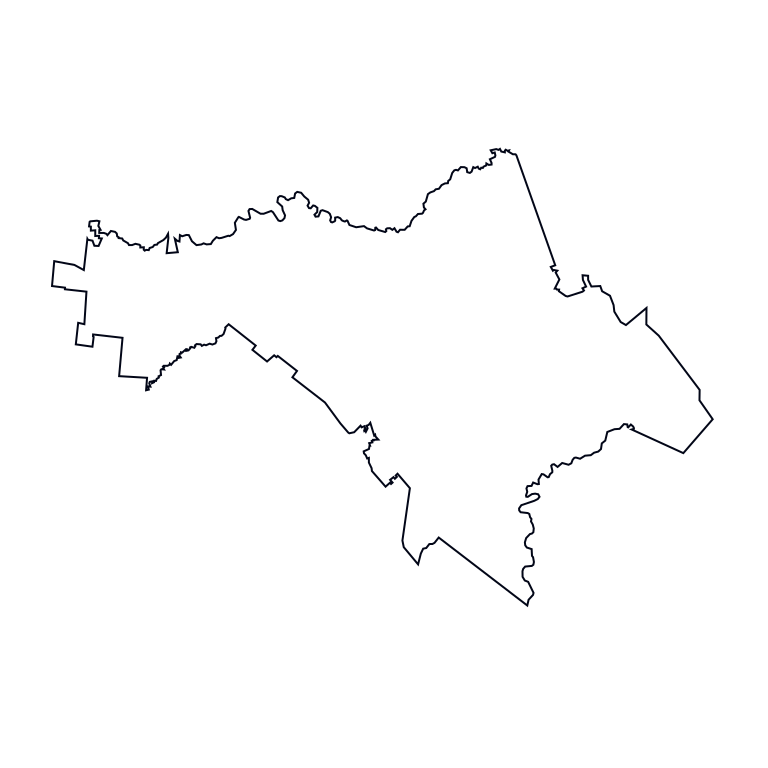 the district of Montemorelos, Nuevo León, Mexico, rotated 177°
{"feature_id": "50627088B84903506613222", "entity_name": "Montemorelos", "entity_type": "district", "adm_level": 2, "iso_a3": "MEX", "parent_name": "Mexico", "parent_adm1": "Nuevo León", "projection": "albers", "projection_center": [-99.737, 25.166], "detail": "fine", "context": "isolated", "style": "outline", "palette": "ink", "viewbox_px": 768, "rotation_deg": 177, "n_neighbors": 0, "source": "geoboundaries", "source_scale": "gbopen_adm2", "svg_char_len": 6162}
<svg xmlns="http://www.w3.org/2000/svg" viewBox="0 0 768 768"><g transform="rotate(177 384 384)"><path d="M359.4,202.1L356.1,212.7L353.5,217.5L350.4,218.0L347.1,221.8L344.0,221.7L341.9,222.7L337.4,227.8L252.5,155.3L250.9,161.0L246.2,165.6L245.6,167.6L250.4,178.9L253.7,180.4L255.7,184.2L255.5,189.8L254.7,192.1L252.6,194.3L245.9,194.6L244.3,195.7L243.6,198.4L244.2,203.2L245.2,204.6L245.2,211.4L249.9,213.2L251.4,215.5L251.6,218.5L250.1,222.7L246.1,226.5L244.1,226.9L242.6,228.2L242.0,231.9L242.8,235.9L244.4,239.1L243.8,241.5L245.1,243.4L245.7,246.6L247.2,247.6L254.3,248.8L255.6,250.7L255.6,252.7L253.2,255.8L240.0,259.5L236.4,261.1L234.6,263.2L235.8,265.8L238.8,266.6L242.0,266.3L246.3,263.8L247.8,264.0L248.0,265.4L246.6,268.8L247.2,272.3L246.0,274.5L242.0,274.5L240.2,277.8L236.0,275.9L234.6,276.0L234.7,280.5L231.2,285.8L229.4,285.4L225.5,282.3L224.4,282.4L222.9,285.3L220.6,287.0L220.4,288.5L221.3,293.6L220.2,294.7L218.4,295.0L215.0,292.1L210.2,295.8L203.9,293.7L201.1,295.0L199.6,298.4L197.8,300.3L196.2,300.5L192.1,299.1L187.0,301.9L181.2,302.1L177.8,304.4L173.6,305.3L170.7,307.7L169.6,313.3L166.0,315.9L163.5,324.4L156.2,326.8L151.1,326.9L146.5,331.4L143.2,330.9L142.9,328.2L142.4,327.9L139.6,330.6L137.4,328.5L136.7,326.8L136.9,326.1L139.0,325.6L88.7,299.3L57.6,331.6L69.8,351.2L69.1,361.6L107.1,417.9L118.9,429.7L117.9,446.2L139.3,430.2L144.4,433.5L150.2,444.2L150.6,450.8L153.7,460.3L161.3,465.2L162.9,470.5L171.8,470.5L174.7,477.3L174.5,481.4L180.0,482.2L179.9,477.5L177.1,470.7L180.8,469.2L179.4,466.9L180.9,465.8L196.1,461.8L198.0,462.4L204.5,467.5L204.2,469.1L206.3,469.2L206.8,470.1L208.5,470.3L203.4,479.2L206.7,486.3L205.0,488.1L208.5,489.0L209.4,488.3L211.3,492.2L206.8,493.6L239.8,605.4L240.6,606.5L243.3,606.7L247.6,609.6L247.0,610.7L248.4,610.4L250.2,611.6L251.1,610.7L251.2,609.0L254.7,610.0L255.9,612.7L257.4,611.8L259.6,612.7L265.2,611.8L263.7,608.8L261.3,609.4L260.8,606.4L261.3,605.0L266.5,602.9L265.0,599.1L265.1,597.5L267.9,597.3L270.2,598.9L270.5,596.9L273.3,595.8L274.0,594.6L275.6,594.9L276.7,593.4L278.1,594.1L279.0,596.1L281.8,594.9L283.5,595.9L285.4,591.5L287.2,590.3L289.8,591.2L290.2,595.1L292.3,596.3L295.9,596.6L299.0,593.4L300.9,594.1L302.6,593.7L304.8,591.2L307.2,584.9L309.2,583.5L309.7,581.2L312.7,581.1L316.1,579.6L318.9,576.1L322.2,575.7L324.0,574.0L327.7,572.9L330.2,571.3L332.7,564.0L335.2,562.0L334.9,558.2L333.4,556.3L334.9,555.3L336.1,552.9L337.1,552.1L341.2,552.0L343.4,549.8L345.0,549.2L348.0,545.5L350.1,540.2L352.1,540.1L355.3,536.9L359.9,537.2L362.1,534.8L363.5,535.4L365.4,539.0L367.6,537.5L369.9,539.3L372.7,539.3L374.0,538.4L373.7,536.6L374.8,535.7L381.7,538.1L383.8,540.7L384.5,540.5L384.8,538.2L385.9,537.8L392.8,540.3L395.7,542.7L403.6,542.0L410.2,544.6L411.9,548.9L412.5,549.3L414.5,548.3L416.0,548.8L417.6,549.7L419.0,551.8L421.4,553.1L424.1,552.7L424.2,549.7L424.7,549.1L427.2,548.1L428.4,548.5L429.2,550.2L428.1,553.3L429.2,556.8L431.1,558.6L436.3,560.8L438.1,560.3L440.7,554.8L443.6,554.7L444.6,556.7L441.7,559.2L441.3,563.4L443.7,565.5L445.4,566.0L448.0,563.3L449.7,563.6L451.0,566.1L449.3,568.9L450.1,572.0L453.8,575.4L456.7,579.3L460.6,580.4L462.8,578.9L463.9,574.5L466.9,574.3L470.2,572.6L472.4,573.8L473.3,575.5L476.3,576.9L478.1,577.1L480.0,575.8L481.0,571.2L476.4,566.6L476.1,562.9L474.0,557.6L474.7,554.9L476.9,552.7L479.0,552.1L480.9,552.8L485.9,561.4L487.6,562.7L495.3,560.3L498.4,560.5L506.4,565.7L509.1,565.7L510.3,563.9L509.0,557.0L509.5,556.0L513.2,555.1L515.2,555.6L520.2,558.5L520.8,558.1L524.5,552.8L523.8,545.6L526.9,541.6L530.4,539.8L531.7,540.2L538.6,538.4L541.1,538.2L543.6,539.4L547.4,536.0L549.6,532.8L553.8,532.7L556.8,533.9L559.1,532.9L564.0,532.5L568.3,536.6L571.1,542.9L573.6,543.2L577.8,542.1L580.0,543.4L580.8,537.0L582.9,537.8L585.3,540.1L583.0,526.4L594.2,526.0L591.7,541.2L591.8,545.3L594.1,541.6L596.8,539.3L602.4,536.5L603.3,535.1L606.0,534.9L607.8,532.9L610.9,532.1L611.9,530.0L614.5,530.4L616.0,529.7L616.9,530.7L616.7,533.1L620.2,533.1L620.1,535.1L621.0,535.9L624.9,537.0L628.4,535.9L631.4,536.1L632.3,538.0L636.9,541.0L637.8,543.0L641.3,543.6L641.2,544.3L642.7,545.4L643.0,548.3L644.6,550.0L648.7,551.1L652.4,547.1L653.4,548.5L655.8,549.5L660.5,549.8L660.2,552.7L659.0,552.8L661.0,556.8L659.7,561.4L662.1,562.1L668.9,561.8L669.5,561.3L670.3,556.8L668.5,556.5L668.7,552.5L664.3,552.6L664.6,546.9L660.8,546.9L661.1,544.5L658.2,544.1L661.8,536.8L666.0,537.2L667.6,542.4L672.1,543.5L672.6,544.5L677.8,513.5L686.9,519.1L706.9,523.9L710.4,499.2L697.5,496.9L697.7,495.3L676.3,491.8L680.1,459.4L686.2,461.1L689.7,439.7L673.2,436.5L671.5,446.2L672.1,446.8L671.9,448.7L642.7,443.8L648.1,405.7L620.3,402.6L621.9,390.2L619.2,390.7L619.9,394.0L617.4,393.6L618.4,397.0L617.8,398.4L615.2,398.8L615.5,397.0L613.5,397.8L613.2,399.3L611.5,399.0L610.7,401.0L608.5,402.2L608.7,403.5L606.2,404.6L606.4,409.4L605.5,410.4L602.9,410.0L603.6,411.3L602.8,412.0L603.8,413.0L603.1,413.7L599.2,413.5L597.2,414.4L596.8,415.6L595.6,414.3L592.3,417.9L589.8,418.7L588.8,422.5L588.2,422.4L587.8,420.8L585.6,421.1L586.8,423.1L586.5,424.8L585.3,425.0L585.1,426.3L583.9,425.9L579.8,429.2L579.0,429.0L579.5,427.5L577.5,427.8L575.5,429.9L575.7,430.7L574.6,431.2L571.5,430.1L570.4,431.7L570.7,432.5L569.1,433.7L565.0,433.2L563.9,431.6L561.6,432.7L559.7,432.0L556.0,433.4L553.3,432.4L550.2,433.4L549.1,435.5L549.4,438.6L547.0,439.1L545.3,440.6L543.7,440.6L541.6,442.3L539.4,447.6L539.6,448.7L536.0,451.8L510.1,429.1L513.6,425.0L499.6,412.6L492.2,418.4L490.0,416.4L488.6,417.6L470.2,401.6L475.1,395.5L443.9,368.6L429.6,346.9L422.2,337.3L421.2,336.6L416.3,337.4L409.6,343.6L408.6,341.9L405.7,342.9L404.9,340.3L405.7,340.0L405.4,338.8L406.2,338.6L406.1,337.9L405.1,338.3L404.6,337.2L402.7,340.5L403.5,343.3L401.5,343.9L399.7,346.0L396.5,333.1L395.5,333.9L395.2,332.0L392.6,328.8L397.6,328.8L397.4,328.2L399.1,327.9L398.7,326.3L401.9,325.7L401.1,323.1L401.7,323.1L402.4,319.9L407.8,317.8L407.6,315.8L405.9,313.8L404.7,310.5L403.0,311.0L403.2,306.3L400.8,300.6L400.6,297.7L387.8,281.4L383.2,285.1L382.2,283.8L380.6,285.1L382.9,288.0L379.4,290.5L378.1,288.8L376.0,290.6L377.1,292.0L375.2,293.7L363.6,278.6L373.8,226.7L372.8,220.0L359.4,202.1Z" fill="none" stroke="#020617" stroke-width="2"/></g></svg>